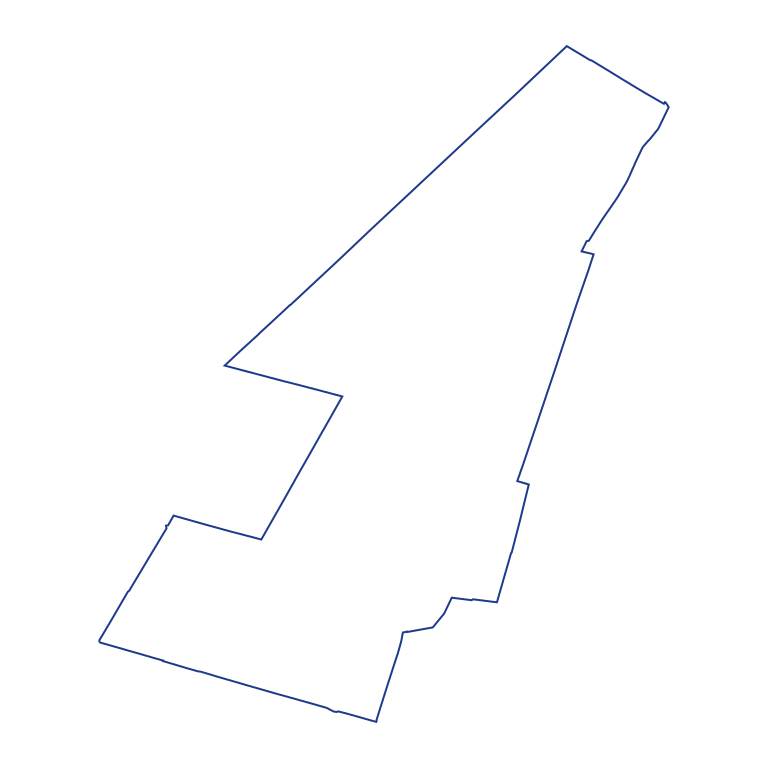 outline of Tufesti, Braila, Romania
{"feature_id": "2599482B7504990090207", "entity_name": "Tufesti", "entity_type": "district", "adm_level": 2, "iso_a3": "ROU", "parent_name": "Romania", "parent_adm1": "Braila", "projection": "natural_earth1", "projection_center": [27.783, 44.998], "detail": "fine", "context": "isolated", "style": "outline", "palette": "blue", "viewbox_px": 768, "rotation_deg": 0, "n_neighbors": 0, "source": "geoboundaries", "source_scale": "gbopen_adm2", "svg_char_len": 2066}
<svg xmlns="http://www.w3.org/2000/svg" viewBox="0 0 768 768"><path d="M100.1,639.0L99.8,639.4L99.5,639.9L99.3,640.8L99.5,641.6L99.9,642.3L100.9,642.8L103.5,643.5L106.7,644.4L131.8,651.6L142.0,654.5L152.6,657.6L163.2,660.6L163.0,661.1L185.9,667.9L197.8,671.3L200.8,671.7L219.5,677.3L248.1,685.6L275.9,693.6L281.0,695.0L313.2,704.0L326.4,707.8L327.6,708.3L329.5,709.4L333.9,711.6L335.0,711.7L336.4,712.0L338.1,711.4L345.0,713.1L376.2,721.9L376.7,720.7L376.5,720.1L383.2,698.7L389.1,680.1L390.8,674.9L396.1,658.5L397.8,653.5L400.3,644.7L401.3,640.9L402.9,632.5L407.2,631.6L407.3,632.0L432.8,627.4L444.1,613.6L451.8,597.7L471.7,600.2L472.3,599.8L473.1,599.3L496.9,602.3L497.0,602.1L511.0,553.3L511.7,552.5L520.1,520.0L523.1,507.6L528.8,484.5L517.3,481.1L518.4,477.8L519.3,475.5L520.8,470.9L523.1,464.5L537.0,423.2L547.3,392.5L553.8,373.2L576.3,305.2L582.2,288.1L588.2,270.9L589.5,266.9L593.6,254.3L592.9,254.1L590.5,253.5L585.3,252.3L581.6,251.4L584.4,245.7L586.6,241.2L588.9,240.7L589.1,240.4L593.3,233.5L602.0,219.8L604.5,216.1L609.5,209.0L614.6,201.6L617.5,197.3L617.9,196.7L619.7,193.6L622.9,188.2L625.4,184.1L626.5,182.1L627.4,180.5L627.7,179.8L628.2,178.7L629.4,176.2L632.7,168.6L633.2,167.6L634.4,164.9L636.2,160.8L637.7,157.7L637.9,157.2L642.7,147.2L647.7,141.4L649.7,139.4L658.0,129.1L658.8,127.7L668.7,107.2L667.3,104.9L666.5,103.8L665.3,102.3L665.0,102.1L663.9,103.8L645.5,93.2L636.9,88.1L621.1,78.5L615.6,75.1L591.8,60.6L589.5,59.8L584.4,56.7L575.7,51.5L566.8,46.1L566.4,46.5L533.0,78.0L516.5,93.6L475.4,131.8L449.2,156.3L432.2,172.2L417.0,186.4L409.2,193.7L370.2,230.1L340.5,258.3L290.5,304.9L290.0,305.0L274.2,319.7L259.1,333.6L258.9,334.0L240.1,351.1L224.7,365.6L284.1,381.3L285.1,381.5L314.6,389.1L342.3,396.5L327.1,423.4L319.9,436.0L319.7,436.4L308.9,455.5L298.3,474.1L286.6,495.0L275.6,514.4L261.3,539.5L231.7,531.8L202.3,523.7L173.6,515.6L168.1,525.3L166.0,525.7L166.5,528.4L147.8,559.6L131.3,587.2L129.2,590.8L128.3,591.4L127.9,591.7L122.7,600.6L109.6,623.1L106.2,628.8L101.8,636.2L100.1,639.0Z" fill="none" stroke="#1e3a8a" stroke-width="2"/></svg>